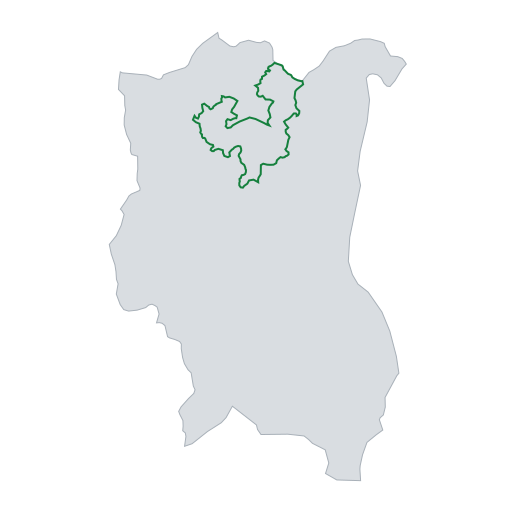 Sofia highlighted on a map of Bulgaria, rotated 91°
{"feature_id": "BGR-2244", "entity_name": "Sofia", "entity_type": "Province", "adm_level": 1, "iso_a3": "BGR", "parent_name": "Bulgaria", "parent_adm1": "", "projection": "orthographic", "projection_center": [23.554, 42.64], "detail": "fine", "context": "in_parent", "style": "outline", "palette": "green", "viewbox_px": 512, "rotation_deg": 91, "n_neighbors": 0, "source": "natural_earth", "source_scale": "10m", "svg_char_len": 5039}
<svg xmlns="http://www.w3.org/2000/svg" viewBox="0 0 512 512"><g transform="rotate(91 256 256)"><path d="M447.5,324.1L437.6,322.9L434.1,323.6L432.0,326.2L427.4,325.9L421.8,326.2L416.0,329.3L412.7,330.6L408.2,328.3L399.7,321.0L394.5,315.8L390.8,314.6L387.1,316.4L373.9,318.8L370.9,322.0L364.9,325.7L358.8,327.6L350.0,329.1L345.3,329.1L342.8,330.9L340.8,336.0L339.4,341.0L338.2,343.0L327.2,345.8L324.9,348.7L324.3,351.5L324.6,354.3L315.7,351.9L308.9,353.9L307.4,356.0L306.0,359.1L306.9,362.4L309.5,365.4L312.2,373.9L313.3,382.4L311.9,387.3L307.0,390.9L296.5,395.0L286.2,393.4L281.8,395.1L274.2,395.7L267.2,396.9L256.6,400.7L247.0,402.9L238.1,396.0L227.7,391.3L216.8,388.6L213.1,390.8L211.5,392.4L202.3,386.3L198.2,384.1L196.2,381.7L192.4,373.3L190.1,373.1L182.7,376.3L175.5,376.2L171.2,375.7L158.3,376.1L156.7,381.9L155.1,382.8L152.3,383.5L145.5,383.2L136.7,387.5L127.3,390.1L120.0,390.1L112.4,388.9L107.9,389.8L98.1,390.2L91.9,396.4L82.3,396.0L74.2,394.9L75.2,392.9L77.0,368.4L81.0,357.4L80.9,355.2L80.1,353.5L76.5,351.7L74.0,345.7L68.9,330.1L65.9,326.9L57.6,323.5L50.4,319.0L44.3,313.0L33.2,298.2L38.9,296.8L40.7,293.8L46.5,285.8L47.2,281.9L46.6,279.6L42.9,275.7L40.4,267.2L42.4,259.3L42.7,255.3L40.8,251.2L42.9,246.2L46.9,243.6L49.5,242.8L60.2,242.4L67.0,232.4L71.2,229.2L75.4,223.6L77.4,221.5L79.2,217.1L79.9,212.6L71.5,206.2L68.7,201.4L65.0,196.1L60.0,192.4L49.9,186.1L46.0,179.7L44.3,171.5L41.7,165.2L38.8,161.1L38.3,157.8L37.2,153.7L37.0,145.8L39.5,135.2L41.1,131.5L44.5,130.5L53.7,125.0L54.2,117.8L55.9,113.3L58.8,110.8L61.5,109.1L66.4,113.3L78.3,120.1L84.2,125.0L83.9,128.0L81.1,131.0L75.8,133.9L72.7,137.7L71.8,142.5L72.6,145.9L76.2,148.9L98.0,145.2L120.0,147.2L149.5,153.7L169.2,155.9L183.6,152.7L210.5,157.9L235.6,162.6L259.7,163.6L273.0,159.3L282.3,153.6L290.2,143.2L309.8,129.1L328.8,120.9L353.9,113.9L370.7,111.1L373.2,113.1L395.2,124.5L404.8,124.1L412.7,125.9L415.6,129.1L417.6,129.8L427.8,126.2L432.7,132.7L440.4,141.8L452.8,146.0L463.8,148.2L467.3,148.4L478.8,147.5L478.5,171.3L472.3,182.7L461.7,179.6L448.6,183.4L442.3,196.3L438.5,200.3L435.1,204.8L433.6,221.2L434.4,247.9L429.5,251.4L424.9,252.6L406.6,277.0L418.1,283.1L423.3,287.8L432.3,301.4L444.8,316.6L447.5,324.1Z" fill="#d9dde1" stroke="#a8b0b8" stroke-width="1"/><path d="M62.6,240.9L63.0,239.8L64.4,235.1L64.8,233.8L65.3,233.0L66.2,232.5L68.2,232.0L69.1,231.7L70.1,230.3L73.1,227.4L73.5,226.7L74.1,224.9L74.4,224.2L75.0,223.7L76.3,223.1L76.8,222.7L78.3,220.4L79.7,217.2L80.4,213.9L80.3,212.7L83.6,211.9L88.8,218.2L90.7,219.6L97.4,220.3L99.8,219.1L102.1,218.5L104.4,219.3L107.6,218.1L110.2,215.2L112.5,215.3L114.7,216.4L115.3,217.8L113.8,217.8L112.8,218.6L112.8,220.6L113.9,221.6L115.1,222.5L117.0,224.3L118.7,226.5L119.8,228.7L121.2,230.3L124.0,228.6L127.1,226.0L128.3,227.1L129.3,228.5L131.2,228.5L133.0,227.8L134.6,225.8L136.6,224.5L139.3,225.7L146.4,227.0L147.6,227.6L148.8,228.5L150.5,227.3L151.8,225.3L153.9,225.2L155.2,226.7L155.7,228.1L156.7,229.1L157.2,231.2L156.7,233.2L158.2,235.0L160.0,236.8L162.8,237.4L164.4,240.1L164.6,243.3L164.5,246.5L163.6,250.4L165.0,252.7L174.2,252.7L175.9,253.7L177.6,254.8L179.9,255.3L182.2,255.1L179.7,259.8L180.6,264.3L183.8,265.9L186.1,269.0L187.9,270.3L187.6,272.5L185.7,273.9L183.3,274.0L181.7,273.5L180.2,273.8L179.1,273.8L178.2,272.5L176.8,272.2L175.5,271.6L175.1,269.8L174.3,268.3L172.3,267.6L170.2,267.5L169.0,268.1L167.7,268.3L165.1,269.4L163.1,272.3L161.4,273.1L159.6,273.2L156.2,275.1L154.4,274.7L152.8,273.3L150.9,272.6L148.9,272.8L146.7,273.6L146.3,275.8L147.0,277.9L148.0,279.7L149.2,280.6L150.1,282.0L152.9,284.5L156.5,283.8L157.7,285.8L156.5,289.4L153.7,290.7L150.8,291.0L149.5,295.5L150.7,299.1L151.9,300.1L151.9,301.7L150.8,303.2L149.2,302.7L148.3,301.8L147.4,300.5L145.7,301.0L145.1,303.9L142.8,307.4L139.3,308.9L138.8,309.8L139.0,311.1L137.9,311.9L136.6,312.2L135.4,312.1L134.6,313.2L133.3,313.9L131.9,313.3L129.4,313.7L127.4,314.5L124.7,314.8L123.3,318.4L120.9,321.4L116.9,319.9L118.8,318.5L119.6,316.4L117.6,315.5L115.4,315.3L114.0,312.8L112.1,311.3L108.9,312.2L105.6,312.6L104.6,310.4L106.9,307.4L107.8,305.6L109.3,305.1L110.1,303.9L109.0,301.8L107.4,301.2L106.2,299.9L105.7,298.9L104.9,298.5L102.4,292.9L100.9,293.3L99.2,293.4L98.0,292.7L96.7,292.9L97.0,291.1L98.0,289.7L97.3,285.4L98.9,281.0L101.3,277.3L107.3,280.5L109.9,282.5L112.5,283.2L114.3,280.3L115.7,277.5L118.6,278.1L118.6,279.3L119.1,281.0L120.6,283.7L119.7,286.9L121.7,288.3L124.7,287.8L126.8,288.6L128.6,286.8L127.9,283.5L125.6,281.3L121.8,274.6L118.7,267.1L117.6,264.9L119.0,258.9L122.9,250.3L124.4,247.5L125.3,244.9L122.7,246.7L120.0,246.5L117.2,244.0L113.9,244.7L110.3,246.2L106.7,245.2L103.2,242.8L102.3,241.7L101.1,241.3L99.4,244.7L99.3,249.2L95.7,252.1L96.6,253.9L96.5,255.9L95.4,257.2L94.1,257.9L92.4,257.6L90.8,256.6L87.8,256.9L85.6,259.7L84.5,256.8L83.1,254.5L80.9,254.8L79.5,254.5L78.8,253.1L76.6,253.1L75.4,250.7L74.0,249.0L72.2,250.0L70.8,249.0L71.2,245.9L70.2,245.3L69.2,247.0L68.0,247.3L67.5,246.8L66.8,246.8L66.1,245.9L65.8,244.7L64.5,242.8L63.0,241.3L62.6,240.9Z" fill="none" stroke="#15803d" stroke-width="2"/></g></svg>